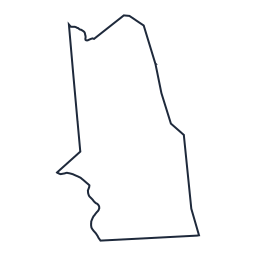 outline of Sand De Feu, Castries, Saint Lucia
{"feature_id": "8701671B2564147185651", "entity_name": "Sand De Feu", "entity_type": "district", "adm_level": 2, "iso_a3": "LCA", "parent_name": "Saint Lucia", "parent_adm1": "Castries", "projection": "equal_earth", "projection_center": [-60.985, 13.929], "detail": "fine", "context": "isolated", "style": "outline", "palette": "slate", "viewbox_px": 256, "rotation_deg": 0, "n_neighbors": 0, "source": "geoboundaries", "source_scale": "gbopen_adm2", "svg_char_len": 2643}
<svg xmlns="http://www.w3.org/2000/svg" viewBox="0 0 256 256"><path d="M80.3,151.6L57.1,172.4L57.0,172.5L57.3,172.8L57.8,173.0L58.0,173.0L58.6,173.4L58.8,173.4L59.8,173.9L60.5,174.1L60.9,174.1L61.4,174.0L61.9,173.9L62.0,173.9L62.5,173.8L63.3,173.6L63.8,173.6L64.2,173.5L65.3,173.2L65.9,173.0L66.3,172.9L66.8,172.8L67.1,172.8L67.8,173.0L68.9,173.2L69.5,173.3L71.0,173.7L71.4,173.8L71.7,173.9L71.9,173.9L72.3,174.1L73.1,174.3L73.7,174.6L74.1,174.8L76.1,175.7L77.8,176.4L79.4,177.2L80.1,177.5L80.3,177.6L80.6,177.8L81.0,178.1L81.5,178.5L81.8,178.8L83.2,179.9L84.7,181.2L86.9,183.1L88.0,184.0L89.2,185.1L89.4,185.3L89.4,185.5L89.3,186.3L89.2,186.9L89.2,187.1L88.8,188.1L88.6,188.7L88.5,188.9L88.2,189.8L87.9,190.4L88.0,191.5L88.0,192.0L88.2,193.5L88.7,195.0L88.8,195.3L89.0,195.7L89.3,196.2L89.4,196.4L89.5,196.5L90.2,197.2L90.6,197.6L90.8,197.8L91.4,198.4L92.3,199.3L92.8,199.9L92.9,200.0L93.6,201.0L93.9,201.3L94.1,201.6L94.8,202.2L95.6,203.0L96.3,203.4L96.5,203.4L97.3,203.9L97.7,204.2L97.9,204.5L98.0,204.6L98.2,204.8L98.3,204.9L99.0,206.1L99.2,206.9L99.2,207.5L99.3,208.1L99.2,208.4L98.8,209.4L98.7,209.8L98.5,210.2L98.1,210.7L97.9,211.1L97.7,211.3L97.3,211.6L96.7,212.3L95.7,213.5L95.1,214.3L95.0,214.5L94.4,215.3L93.5,216.3L92.9,217.5L92.5,218.3L92.3,218.8L91.8,220.0L91.7,220.2L91.4,221.1L91.2,221.7L91.2,223.2L91.1,223.4L91.1,225.1L91.1,225.4L91.4,227.4L91.5,227.7L91.9,228.4L92.3,229.1L92.6,229.5L93.5,230.7L93.9,231.2L94.6,231.9L94.8,232.2L95.3,232.7L95.9,233.4L97.4,235.7L97.5,235.8L98.5,237.8L99.7,239.5L100.0,239.9L100.5,240.6L143.5,238.4L197.1,235.6L199.0,235.3L191.3,208.7L183.9,135.7L183.9,135.0L170.9,123.6L161.4,93.1L157.0,71.4L155.4,63.7L155.5,63.7L155.3,63.5L143.7,25.5L139.5,22.7L129.4,15.9L123.8,15.4L94.0,38.9L93.3,38.6L93.2,38.6L92.8,38.5L92.4,38.4L92.2,38.5L91.9,38.6L91.5,38.7L91.2,38.8L90.7,39.0L90.4,39.1L90.1,39.2L89.8,39.4L89.3,39.6L88.9,39.8L88.5,39.9L88.2,40.1L87.9,40.3L87.4,40.4L87.0,40.4L86.7,40.4L86.2,40.3L85.8,40.1L85.5,39.8L85.4,39.3L85.4,38.7L85.4,38.3L85.5,37.9L85.6,37.4L85.6,36.6L85.5,36.2L85.5,35.8L85.3,35.3L85.2,34.8L85.1,34.3L85.0,33.9L84.9,33.3L84.7,32.7L84.5,32.4L84.3,32.0L84.0,31.7L83.5,31.3L83.3,31.1L82.9,30.9L82.6,30.7L82.1,30.4L81.8,30.1L81.5,30.0L81.3,29.8L80.7,29.7L80.3,29.6L80.0,29.5L79.7,29.4L79.2,29.0L78.9,28.8L78.6,28.5L78.3,28.3L78.1,28.1L77.9,28.0L77.5,28.0L77.1,27.8L76.8,27.7L76.4,27.4L76.1,27.3L75.7,27.1L75.3,27.0L74.8,26.8L74.5,26.8L73.8,26.8L72.6,26.8L72.2,26.8L71.7,26.7L71.4,26.8L71.0,26.7L70.6,26.7L70.0,25.8L68.9,24.5L73.0,71.4L77.5,121.3L77.6,121.5L77.6,122.2L78.5,132.1L80.1,149.6L80.1,150.1L80.2,150.4L80.3,151.6Z" fill="none" stroke="#1e293b" stroke-width="2"/></svg>